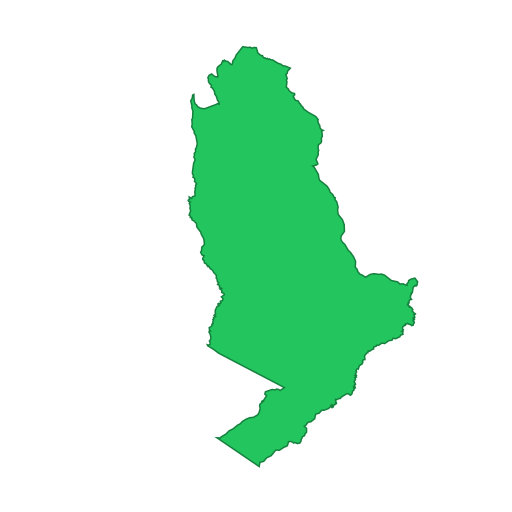 outline of Río De Oro, Cesar, Colombia, rotated 322°
{"feature_id": "7082276B35556421377361", "entity_name": "Río De Oro", "entity_type": "district", "adm_level": 2, "iso_a3": "COL", "parent_name": "Colombia", "parent_adm1": "Cesar", "projection": "natural_earth1", "projection_center": [-73.488, 8.215], "detail": "fine", "context": "isolated", "style": "filled", "palette": "green", "viewbox_px": 512, "rotation_deg": 322, "n_neighbors": 0, "source": "geoboundaries", "source_scale": "gbopen_adm2", "svg_char_len": 6114}
<svg xmlns="http://www.w3.org/2000/svg" viewBox="0 0 512 512"><g transform="rotate(322 256 256)"><path d="M128.9,423.9L132.0,421.0L135.7,422.6L140.1,421.6L145.1,422.7L152.1,421.1L154.9,423.5L160.2,423.9L163.3,424.8L164.1,424.7L167.4,422.3L169.7,424.0L170.6,426.7L171.8,426.9L173.1,429.2L175.3,430.4L177.4,429.7L178.3,428.7L181.6,427.0L183.7,427.5L184.8,426.4L187.3,426.0L189.7,423.0L189.3,419.8L192.0,420.0L192.9,419.3L195.3,419.2L196.9,420.4L202.0,420.4L205.6,417.4L209.1,418.7L212.9,418.0L214.6,419.4L218.9,420.8L222.0,420.7L222.7,420.0L223.1,421.0L222.6,421.4L222.5,422.3L223.4,422.5L224.0,422.4L224.4,420.6L224.9,421.8L226.1,421.4L226.8,421.7L227.9,421.1L227.9,421.7L228.6,421.8L229.9,418.4L230.5,418.0L231.1,418.9L233.3,419.3L234.8,420.2L236.2,419.7L242.0,420.3L243.8,421.1L244.7,423.9L245.4,423.9L246.9,423.6L248.6,422.1L250.8,421.9L252.1,419.8L252.1,420.9L253.0,421.1L254.2,418.2L255.4,418.4L255.8,417.5L255.8,415.6L258.5,414.5L259.0,412.8L260.5,413.2L260.4,411.5L261.2,412.3L261.6,412.1L261.7,411.6L261.3,411.4L261.7,410.2L263.9,409.3L264.2,407.9L265.9,407.2L266.6,407.3L267.0,408.1L269.8,406.1L273.3,406.4L275.0,405.3L275.3,404.2L276.8,403.9L278.1,404.7L280.1,401.5L283.8,400.6L284.6,401.1L286.1,399.8L286.9,401.0L290.7,401.2L291.4,401.7L292.7,400.2L295.2,401.1L296.0,400.5L297.7,401.9L301.6,402.1L303.5,404.2L308.6,404.5L311.3,406.1L313.3,405.2L315.2,407.2L319.6,408.2L321.2,407.4L323.6,408.2L323.9,407.2L325.3,406.2L325.5,405.6L324.8,405.1L326.7,404.9L326.5,404.0L327.5,402.5L329.0,402.0L330.5,402.4L330.8,401.9L331.3,402.4L332.3,401.6L333.1,402.4L334.0,402.4L334.2,403.4L335.6,405.3L335.7,406.6L337.2,407.3L338.2,406.4L339.5,406.2L340.2,405.0L339.9,403.7L341.9,403.5L342.0,403.1L341.1,402.5L341.3,401.8L342.2,401.5L343.3,402.1L344.4,399.8L346.0,399.8L345.9,399.1L344.9,398.6L345.4,397.8L345.3,395.4L346.6,394.8L346.7,392.3L346.3,391.3L345.4,390.9L345.4,390.4L346.1,390.2L345.3,387.9L346.3,387.8L346.9,386.6L347.8,387.2L348.9,385.6L350.1,385.2L351.8,386.0L351.9,384.0L353.5,382.3L354.7,381.9L355.3,380.9L356.4,381.3L360.7,377.4L363.5,377.3L363.6,378.2L364.7,378.2L367.5,375.8L367.6,371.2L363.6,369.6L361.2,369.3L360.1,370.4L357.9,370.8L357.1,372.0L355.9,370.7L354.9,368.6L352.2,366.7L351.6,363.5L347.6,358.7L345.5,350.1L343.5,347.2L341.9,346.5L338.0,342.5L334.6,340.8L329.3,340.2L327.8,336.1L326.8,334.6L326.6,331.3L327.5,328.5L327.3,326.0L331.2,321.5L332.4,316.7L332.7,311.4L332.2,308.3L333.1,301.6L332.6,297.9L332.9,295.9L333.7,294.3L335.6,292.6L340.8,291.1L344.8,285.6L346.4,280.8L346.4,273.8L348.5,270.1L350.9,267.9L353.0,262.9L353.0,260.2L354.3,258.8L353.7,257.6L354.3,255.3L353.7,251.1L354.6,249.0L355.0,244.7L352.8,235.6L353.2,233.9L355.4,230.0L356.5,221.9L356.1,220.0L359.6,221.5L361.5,221.5L362.9,216.7L367.4,214.6L369.0,212.3L370.4,211.4L371.2,209.2L373.8,206.7L376.4,206.9L378.0,206.3L380.2,203.2L381.8,202.7L383.6,200.1L384.3,198.2L386.3,198.4L385.3,196.8L385.4,194.3L386.7,192.2L386.6,191.2L387.6,187.8L389.0,186.9L389.0,184.0L388.9,182.7L385.6,174.8L384.1,169.3L384.6,167.6L384.2,165.3L384.6,163.6L384.2,162.6L384.7,159.8L383.1,157.8L383.0,156.2L383.8,153.0L385.8,152.8L386.4,151.6L384.7,149.6L383.9,146.4L384.3,144.0L383.8,141.6L387.7,137.7L388.1,136.1L389.9,135.4L391.2,131.4L393.0,131.3L394.7,129.8L398.7,129.1L395.9,124.2L394.3,122.7L393.8,120.4L391.9,117.5L389.8,111.7L388.5,110.5L387.9,108.9L386.8,108.7L386.6,107.2L385.5,107.0L385.1,105.4L384.4,105.0L384.0,103.5L384.5,102.1L383.3,101.0L382.5,97.1L384.5,92.0L382.7,90.4L380.8,89.8L379.9,87.8L378.1,86.8L374.4,82.9L364.2,85.4L361.3,87.1L357.5,88.1L357.0,89.0L355.0,90.3L353.8,89.3L354.2,88.2L353.6,87.2L353.6,85.5L352.4,84.2L351.7,82.3L350.6,82.7L350.6,81.9L350.1,81.6L346.7,83.5L342.7,83.4L340.8,84.1L338.9,86.6L336.7,91.0L335.9,91.4L333.8,88.7L333.1,85.2L330.3,84.7L327.8,85.9L327.7,86.9L326.0,89.1L325.6,91.4L326.0,93.8L324.4,95.5L325.1,96.4L324.7,100.4L323.2,103.1L323.0,105.9L321.6,109.4L321.4,111.9L320.5,113.6L319.4,112.1L318.4,112.2L306.1,108.3L303.3,105.4L301.9,102.3L302.2,100.4L301.7,98.3L303.3,94.9L306.5,90.4L305.1,90.2L302.9,92.4L300.1,93.5L297.9,98.3L296.8,99.5L295.3,103.2L290.6,108.6L289.5,108.9L286.9,112.8L284.9,114.6L284.0,120.0L283.0,120.9L282.6,124.3L278.8,131.4L275.5,134.0L274.1,134.4L272.7,136.6L270.4,137.2L270.1,138.1L267.9,139.9L267.4,142.3L266.7,143.1L264.1,144.4L257.4,150.9L256.6,152.0L256.1,154.3L254.8,155.2L255.5,156.9L254.3,158.9L253.6,159.1L253.6,162.6L251.9,163.0L250.9,164.7L249.7,165.0L249.3,166.1L247.7,167.3L245.0,171.1L242.5,170.1L240.8,171.0L239.7,168.4L238.3,170.6L237.2,170.2L236.6,170.7L236.8,172.3L237.5,173.0L235.8,173.5L235.1,176.0L233.3,177.7L232.3,180.2L228.5,182.5L229.1,183.4L227.9,185.3L228.9,186.0L227.8,188.2L228.6,189.9L229.1,193.7L227.2,196.8L227.1,203.3L226.3,205.1L225.5,209.9L224.7,211.8L224.2,212.1L224.2,213.0L223.4,213.5L222.9,214.7L221.1,215.5L218.8,215.6L216.4,218.2L214.7,218.9L214.1,221.9L215.2,223.8L212.9,224.9L211.9,225.9L212.2,227.6L211.1,229.7L212.0,231.6L211.6,233.3L212.3,234.4L211.6,234.8L212.5,235.8L212.1,237.9L213.0,240.2L212.5,243.3L212.9,245.8L212.5,247.3L211.0,249.0L211.1,250.2L209.8,252.4L210.0,254.1L208.2,254.8L209.1,256.7L208.0,258.0L208.9,260.3L207.3,259.7L207.9,262.2L206.5,263.6L207.6,265.6L207.3,267.0L203.5,266.9L203.8,269.2L202.2,270.5L200.3,269.7L199.6,270.2L199.6,271.3L198.3,271.6L197.5,270.4L196.5,270.3L196.2,270.7L196.4,272.4L194.2,271.8L190.6,273.6L188.6,276.0L188.5,276.9L186.4,276.9L186.9,278.8L184.7,278.3L184.1,279.5L182.9,279.5L182.6,280.8L181.3,281.4L180.3,283.0L179.2,282.6L178.6,283.7L177.4,284.0L175.1,283.6L173.9,285.4L173.8,287.2L172.7,286.5L172.1,287.1L171.8,289.3L170.0,292.9L168.4,294.0L166.9,294.3L166.5,296.2L165.6,297.2L163.6,297.0L163.0,296.0L162.7,296.9L165.2,303.8L166.7,309.6L197.4,377.2L192.2,376.8L191.6,375.0L190.3,373.5L188.6,373.3L186.5,371.1L179.8,368.8L177.9,370.3L178.3,372.4L177.4,373.0L173.1,374.4L170.4,374.0L171.8,375.0L167.9,375.2L166.8,376.1L165.3,378.8L162.0,381.3L159.5,382.2L154.8,381.6L151.6,379.6L147.7,378.5L143.5,378.0L140.3,378.5L137.0,377.9L131.7,378.1L127.2,377.2L122.7,377.8L117.3,377.1L115.8,377.4L113.3,375.2L128.9,423.9Z" fill="#22c55e" stroke="#15803d" stroke-width="1.5"/></g></svg>